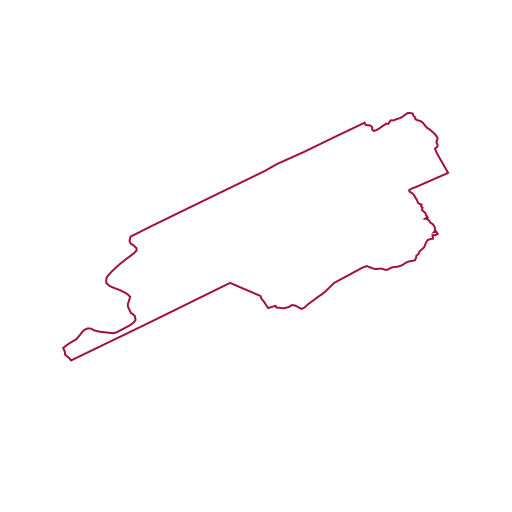 the district of Crato, Ceará, Brazil, rotated 64°
{"feature_id": "56859067B48874819584057", "entity_name": "Crato", "entity_type": "district", "adm_level": 2, "iso_a3": "BRA", "parent_name": "Brazil", "parent_adm1": "Ceará", "projection": "equal_earth", "projection_center": [-39.462, -7.289], "detail": "fine", "context": "isolated", "style": "outline", "palette": "rose", "viewbox_px": 512, "rotation_deg": 64, "n_neighbors": 0, "source": "geoboundaries", "source_scale": "gbopen_adm2", "svg_char_len": 2331}
<svg xmlns="http://www.w3.org/2000/svg" viewBox="0 0 512 512"><g transform="rotate(64 256 256)"><path d="M323.5,238.4L323.6,235.1L322.2,230.5L320.6,221.8L319.9,217.9L319.3,213.6L318.3,209.1L314.5,197.9L314.1,189.5L313.5,174.8L313.1,165.0L313.7,160.7L315.6,159.2L317.1,157.4L318.7,156.1L319.9,154.7L320.9,152.4L321.9,149.6L323.1,147.8L324.7,146.3L326.0,144.2L325.7,139.6L326.4,136.9L327.3,134.5L328.0,131.8L328.3,128.5L327.8,124.7L327.8,121.7L329.5,115.2L327.9,113.0L326.1,111.7L325.5,109.3L323.6,107.1L321.9,101.0L318.5,97.4L316.9,94.7L317.3,91.5L318.0,89.4L316.4,88.7L314.7,88.3L316.0,85.2L315.8,83.0L313.3,83.3L312.6,85.8L311.6,83.7L309.1,82.9L306.5,82.8L304.6,83.3L302.8,84.6L300.8,84.7L298.2,85.5L296.6,87.7L296.3,84.7L293.9,85.2L291.4,85.0L289.6,85.8L287.4,86.7L285.7,85.2L283.9,85.9L282.5,84.6L280.9,86.2L278.8,87.1L276.3,86.8L274.2,87.1L271.1,87.2L268.8,87.8L267.0,88.7L265.5,89.8L263.9,89.5L263.7,86.3L264.1,81.9L265.5,46.9L243.0,48.4L237.9,48.0L237.3,45.0L235.2,43.9L233.0,44.1L231.3,42.6L229.9,41.2L227.8,41.2L224.5,41.9L221.1,43.3L218.4,44.4L216.2,45.9L213.0,46.9L210.7,47.3L208.9,47.8L206.7,49.1L204.7,51.4L203.0,52.8L201.3,52.1L199.2,53.1L196.7,52.7L195.0,54.8L194.0,57.1L194.5,60.6L195.0,62.9L195.2,66.2L194.6,69.5L194.4,72.8L193.1,75.5L195.3,79.2L194.1,80.8L194.6,84.3L195.1,87.7L195.6,90.4L195.5,93.0L195.4,95.2L193.2,96.2L191.4,95.1L189.4,95.6L187.9,97.4L186.3,100.0L183.8,100.0L183.6,123.4L183.5,136.1L183.5,139.3L183.5,166.5L182.5,196.6L183.4,210.6L183.3,296.4L183.3,337.4L183.6,360.2L187.2,363.2L190.0,363.2L192.6,361.5L196.7,359.9L198.8,361.1L199.9,364.2L200.6,367.5L202.2,375.7L202.9,379.2L204.2,384.3L207.0,393.3L209.6,399.4L212.7,401.6L214.8,402.4L218.7,400.8L221.9,398.1L226.9,393.4L232.2,389.3L234.6,388.0L237.6,387.0L239.9,389.2L243.2,392.3L245.3,393.3L252.5,393.4L254.4,392.1L256.8,391.2L260.7,392.3L262.1,395.0L263.0,399.2L263.5,415.2L262.6,418.5L255.8,429.3L251.9,434.1L249.0,436.1L247.3,439.0L247.2,442.6L248.0,445.2L249.3,447.8L252.0,453.8L252.6,461.3L253.2,465.5L254.2,469.7L257.9,469.7L261.1,470.8L266.2,468.5L268.8,468.0L269.1,381.1L268.9,325.1L268.8,291.1L293.9,269.5L296.6,269.8L300.6,268.9L303.6,268.5L308.1,268.0L309.3,260.3L311.4,260.2L312.4,258.2L313.9,256.2L315.3,253.6L316.3,248.7L315.8,245.3L317.6,242.6L320.5,240.5L323.5,238.4Z" fill="none" stroke="#9f1239" stroke-width="2"/></g></svg>